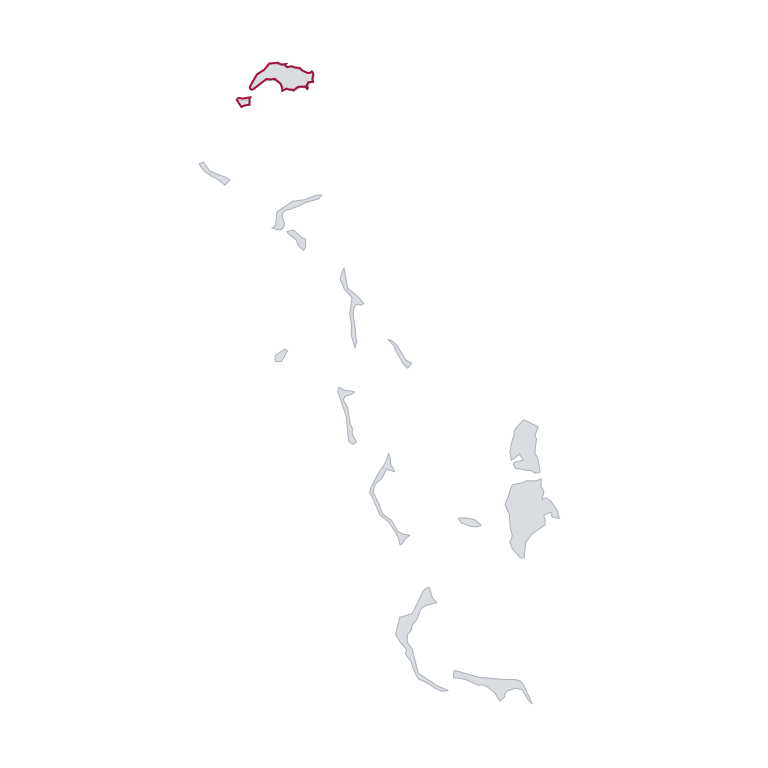 where Inagua sits in The Bahamas, rotated 200°
{"feature_id": "BHS-5038", "entity_name": "Inagua", "entity_type": "District", "adm_level": 1, "iso_a3": "BHS", "parent_name": "The Bahamas", "parent_adm1": "", "projection": "albers", "projection_center": [-73.316, 21.237], "detail": "coarse", "context": "in_parent", "style": "outline", "palette": "rose", "viewbox_px": 768, "rotation_deg": 200, "n_neighbors": 0, "source": "natural_earth", "source_scale": "10m", "svg_char_len": 4059}
<svg xmlns="http://www.w3.org/2000/svg" viewBox="0 0 768 768"><g transform="rotate(200 384 384)"><path d="M229.1,312.2L228.7,322.9L229.3,330.9L228.4,333.7L219.5,338.8L217.2,341.8L208.9,344.5L203.8,348.6L201.5,341.7L196.8,337.3L196.2,330.1L192.4,332.4L187.1,330.8L178.5,325.1L173.2,317.6L181.0,316.5L182.5,321.2L188.8,315.7L187.5,312.7L186.4,312.3L184.5,306.7L194.2,292.6L196.5,283.4L192.8,268.3L196.7,267.5L207.0,273.0L211.5,278.3L211.4,285.4L215.6,291.0L221.6,304.3L229.1,312.2ZM235.0,352.9L235.0,354.9L226.9,360.2L232.6,364.4L238.3,355.9L242.5,363.0L244.5,376.3L244.1,378.6L244.4,380.5L245.2,383.1L245.3,386.8L240.5,398.2L224.5,396.5L224.5,386.8L222.0,384.9L218.7,370.9L213.8,366.3L207.2,354.7L211.3,351.9L216.7,353.0L219.5,351.7L227.0,350.8L231.5,349.4L235.0,352.9ZM609.9,628.3L607.3,634.8L598.6,647.2L579.0,650.3L557.5,650.9L555.8,647.5L555.4,644.5L557.0,639.9L556.8,638.1L555.9,636.2L563.8,634.2L568.9,628.5L577.1,627.5L587.2,631.5L592.7,631.7L600.8,627.2L607.3,617.6L611.2,618.8L609.9,628.3ZM273.5,207.6L271.8,208.3L265.1,199.3L259.6,196.6L268.5,190.6L272.4,185.3L272.6,173.6L274.9,167.2L274.3,161.7L276.3,156.0L273.9,149.6L266.8,144.4L252.9,124.0L230.4,118.5L218.7,117.9L225.2,114.9L231.2,115.5L240.3,117.6L251.2,118.8L257.8,124.9L264.0,132.9L269.7,136.2L272.0,138.3L271.7,140.6L272.6,142.7L280.1,146.6L287.5,152.7L289.4,170.1L278.9,178.0L276.4,203.1L273.5,207.6ZM174.6,131.9L184.2,135.0L189.3,134.8L192.5,133.1L206.7,134.3L218.3,132.0L219.8,136.7L219.5,139.1L194.9,140.7L172.3,146.8L159.8,151.1L154.0,151.4L149.7,148.8L135.3,134.1L139.3,135.6L149.9,144.1L156.8,142.8L163.3,137.7L164.4,133.8L163.5,131.8L166.5,125.6L174.6,131.9ZM318.8,245.4L331.8,255.7L343.0,259.6L355.0,272.3L360.2,276.9L361.0,281.0L358.6,299.4L355.7,310.5L355.9,320.2L353.1,317.3L350.3,310.8L345.6,307.1L344.1,305.1L352.6,304.9L353.6,294.8L357.9,287.0L357.4,278.7L347.6,269.4L340.9,261.3L330.5,258.6L321.0,250.4L315.2,249.3L308.2,250.6L310.8,245.9L312.7,239.6L314.0,238.5L318.8,245.4ZM461.6,477.0L461.1,479.3L450.9,461.5L438.0,457.0L430.6,452.7L432.2,450.3L437.4,449.3L438.3,443.7L436.2,437.6L429.5,425.3L425.8,416.9L424.1,415.0L423.7,408.1L431.6,418.9L434.8,428.5L440.1,438.0L443.6,454.2L453.9,459.8L461.3,467.7L461.6,477.0ZM513.0,537.7L507.2,540.3L508.5,535.7L519.6,528.0L525.7,521.2L529.2,518.8L530.5,516.9L535.3,514.4L537.7,510.0L537.1,506.4L532.0,500.4L532.1,496.3L533.9,493.3L542.4,492.0L540.1,496.4L543.5,509.0L532.1,524.7L522.4,529.5L513.0,537.7ZM424.9,361.0L425.3,365.5L419.9,364.6L411.9,366.2L409.0,366.2L410.9,363.2L416.5,359.1L416.8,355.1L410.0,349.3L402.2,335.0L398.5,331.5L396.8,326.2L390.2,320.3L391.7,317.3L393.1,316.6L397.6,318.1L407.5,338.7L408.2,340.7L424.9,361.0ZM608.6,518.8L613.7,520.1L616.4,520.0L625.8,522.6L631.4,526.2L632.7,527.7L629.7,531.0L621.0,524.8L613.5,524.1L602.9,524.2L598.7,523.1L601.5,516.5L608.6,518.8ZM525.4,492.6L527.3,494.2L522.1,497.7L510.3,493.3L507.7,493.5L505.4,488.8L504.5,485.4L505.1,482.2L512.1,484.7L515.8,489.3L525.4,492.6ZM261.8,286.0L252.6,287.6L246.2,285.6L244.6,284.1L247.4,281.7L253.6,279.8L263.4,279.9L267.6,282.4L268.1,283.5L261.8,286.0ZM395.1,427.0L391.7,427.5L385.6,425.0L371.6,414.0L365.0,413.0L367.3,407.0L372.3,409.2L383.6,418.6L387.8,423.3L395.1,427.0ZM495.9,373.4L489.4,382.9L486.0,382.1L488.0,370.1L492.5,368.2L494.2,368.3L495.9,373.4ZM619.0,600.5L608.0,604.8L606.9,599.7L612.5,595.6L619.0,600.5Z" fill="#d9dde1" stroke="#a8b0b8" stroke-width="1"/><path d="M558.2,641.8L558.8,638.2L557.0,636.0L557.0,635.1L559.8,636.5L566.5,633.8L569.6,628.8L571.5,629.2L573.1,628.3L576.4,628.3L579.9,624.7L580.8,626.9L583.7,630.7L591.1,633.4L594.7,631.4L598.9,630.3L607.7,616.2L609.3,615.2L611.1,615.9L611.7,617.5L609.3,631.5L604.1,638.2L601.4,645.9L593.5,649.6L589.9,649.0L585.9,650.9L586.5,649.8L583.5,648.6L579.2,651.1L576.3,650.9L571.4,652.1L567.8,650.6L562.5,650.1L560.0,651.0L558.8,653.1L558.3,653.0L556.3,651.1L555.8,646.6L554.0,643.6L558.2,641.8ZM614.5,603.8L607.7,607.7L607.8,605.7L605.8,600.5L610.1,598.2L612.8,595.6L619.5,600.6L619.1,602.4L617.6,603.4L614.5,603.8Z" fill="none" stroke="#9f1239" stroke-width="2"/></g></svg>